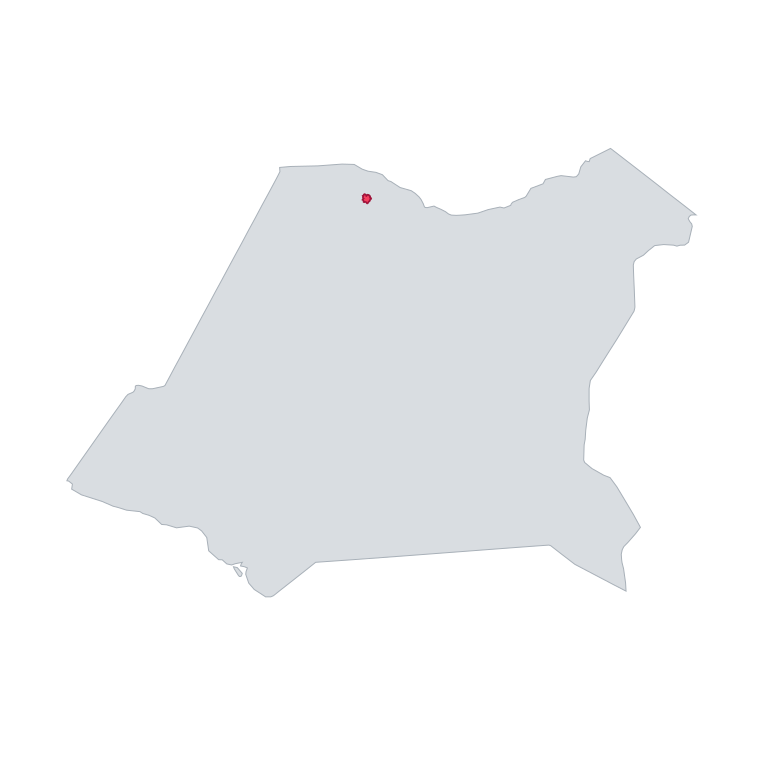 location of Mumias East, Western, Kenya, rotated 86°
{"feature_id": "3690345B49414507598309", "entity_name": "Mumias East", "entity_type": "district", "adm_level": 2, "iso_a3": "KEN", "parent_name": "Kenya", "parent_adm1": "Western", "projection": "robinson", "projection_center": [34.565, 0.336], "detail": "fine", "context": "in_parent", "style": "filled", "palette": "rose", "viewbox_px": 768, "rotation_deg": 86, "n_neighbors": 0, "source": "geoboundaries", "source_scale": "gbopen_adm2", "svg_char_len": 5089}
<svg xmlns="http://www.w3.org/2000/svg" viewBox="0 0 768 768"><g transform="rotate(86 384 384)"><path d="M160.7,473.0L160.5,462.1L161.8,434.6L161.7,410.5L162.9,398.4L168.2,390.7L170.6,385.1L172.3,377.3L175.1,371.0L181.4,365.8L182.5,363.0L189.1,354.3L193.1,343.3L196.1,339.5L199.8,336.0L202.5,334.2L206.8,332.3L210.2,331.3L210.8,330.4L211.1,328.6L210.0,321.7L211.4,319.5L213.8,314.9L216.4,310.6L218.8,307.9L220.2,305.1L220.8,300.3L220.9,296.8L220.9,291.2L220.1,278.5L217.3,267.9L215.6,256.0L216.8,252.0L214.6,245.1L213.5,244.7L211.7,243.1L209.4,236.6L207.7,230.6L206.6,229.1L199.1,223.8L195.4,211.4L191.2,208.7L188.9,196.3L188.5,192.8L190.8,180.6L190.6,177.7L188.1,175.1L181.1,172.5L175.4,167.4L176.1,165.7L176.5,163.8L173.5,162.6L164.8,141.6L176.0,129.0L187.4,116.2L201.9,100.0L215.3,85.2L226.8,72.3L237.1,60.9L236.9,63.1L236.9,66.0L238.2,67.8L240.3,69.0L243.2,67.7L245.8,65.9L248.3,65.5L263.8,70.3L266.4,74.4L266.2,78.9L266.9,82.2L265.7,85.4L264.4,95.3L264.8,104.3L269.4,111.0L273.6,116.2L276.9,123.6L279.3,125.9L282.7,127.0L293.3,127.4L309.0,127.8L324.2,128.3L325.6,128.5L328.8,129.5L342.7,139.4L355.5,148.5L366.3,156.5L376.8,164.2L387.0,171.6L394.9,177.9L402.7,179.7L415.4,180.6L424.1,180.9L432.2,183.6L444.3,186.0L453.3,187.2L458.7,188.6L473.8,190.1L476.3,189.3L482.9,182.4L490.3,171.2L493.2,165.0L502.8,158.9L519.7,150.3L531.6,144.3L544.9,138.2L550.9,143.5L559.2,151.9L562.9,156.1L565.9,157.9L570.4,159.2L575.9,159.2L578.9,159.0L585.0,157.9L599.3,156.9L607.5,157.0L600.7,168.2L592.4,181.6L577.2,206.2L565.7,219.2L556.9,229.0L556.2,230.8L556.2,241.7L556.3,268.5L556.6,321.9L556.9,375.4L557.1,428.9L557.1,455.6L557.1,464.6L564.8,475.8L572.3,486.8L582.2,501.4L587.5,509.1L588.4,511.7L588.1,516.9L579.9,527.8L573.2,532.8L564.2,535.2L561.5,534.7L558.0,533.1L556.6,535.8L555.5,539.8L553.6,539.0L552.0,537.8L552.9,545.0L553.9,548.6L552.5,553.4L548.1,557.6L547.7,561.2L538.2,570.5L524.8,571.5L517.8,576.2L514.6,580.0L512.2,588.2L513.0,601.0L509.3,610.7L508.6,615.6L501.6,622.0L498.5,627.8L496.3,633.7L494.3,636.3L491.9,649.6L488.7,657.7L487.8,660.3L487.0,662.8L484.5,667.5L482.9,670.7L481.7,672.9L473.5,693.5L467.1,702.9L462.1,701.8L458.8,705.4L458.4,707.1L456.6,706.2L452.5,702.7L443.9,695.7L435.3,688.7L426.7,681.7L418.1,674.7L409.5,667.7L400.9,660.7L392.4,653.7L383.8,646.6L378.7,642.5L376.5,640.1L374.8,635.2L373.9,634.0L371.6,632.5L368.9,632.2L368.2,631.3L368.2,628.9L369.1,625.6L372.3,619.1L372.6,615.4L372.0,611.1L371.0,604.2L370.2,602.6L364.5,599.0L352.5,591.5L340.6,583.9L328.7,576.4L316.7,568.8L304.8,561.3L292.9,553.7L280.9,546.2L269.0,538.6L257.1,531.1L245.1,523.5L233.2,515.9L221.2,508.4L209.3,500.8L197.3,493.3L185.4,485.7L173.5,478.2L169.0,475.4L164.9,473.0L160.7,473.0ZM557.9,546.3L555.8,546.9L556.9,543.2L563.0,538.6L565.5,539.6L566.0,540.7L565.9,541.7L564.8,542.6L557.9,546.3Z" fill="#d9dde1" stroke="#a8b0b8" stroke-width="1"/><path d="M200.4,391.7L200.5,391.7L200.7,391.4L200.8,391.4L200.9,391.5L201.0,391.6L201.2,391.4L201.3,391.2L201.2,391.0L201.3,391.0L201.3,390.9L201.2,390.8L201.2,390.7L201.1,390.4L201.1,390.2L201.0,389.9L201.1,389.7L201.3,389.5L201.3,389.4L201.3,389.2L201.5,389.0L201.8,388.9L202.0,388.8L202.1,388.7L202.3,388.6L202.4,388.4L202.5,388.5L202.6,388.4L202.4,388.3L202.5,388.1L202.5,387.9L202.4,387.8L202.4,387.7L202.3,387.4L202.2,387.3L202.2,387.2L201.9,387.1L201.7,387.1L201.4,386.9L201.3,386.7L201.2,386.7L201.0,386.4L200.9,386.3L200.9,386.2L200.7,386.2L200.5,385.9L200.5,385.7L200.4,385.7L200.2,385.6L200.2,385.4L200.1,385.2L199.9,385.1L199.7,385.1L199.3,385.1L199.2,385.1L198.9,385.0L198.7,384.9L198.6,384.6L198.6,384.4L198.6,384.2L198.5,383.9L198.4,383.9L198.2,383.9L198.1,384.0L197.9,384.3L197.7,384.2L197.8,384.0L197.7,383.9L197.6,384.0L197.4,384.2L197.4,384.3L197.2,384.4L197.1,384.5L196.9,384.7L196.9,384.8L197.0,384.8L197.0,385.0L196.9,385.0L196.8,384.9L196.6,385.0L196.5,384.9L196.4,384.9L196.4,385.0L196.2,385.0L196.0,384.7L195.9,384.7L195.7,384.7L195.6,384.8L195.5,385.0L195.4,385.0L195.3,385.3L195.2,385.4L195.0,385.5L195.0,385.8L194.9,385.9L194.7,385.8L194.4,385.9L194.3,385.7L194.2,385.5L194.2,385.4L194.2,387.0L194.0,387.3L194.2,387.5L194.3,387.6L194.5,387.6L194.7,387.8L194.8,387.9L194.9,388.0L195.0,388.1L195.0,388.3L195.3,388.5L195.2,388.7L194.7,388.8L194.5,388.7L194.4,388.7L194.2,388.5L194.0,388.8L193.9,388.9L193.8,389.0L193.7,389.1L193.6,389.3L193.5,389.5L193.4,389.7L193.3,389.8L193.2,389.9L193.2,390.0L193.3,390.0L193.3,390.3L193.3,390.5L193.5,390.8L193.7,391.0L193.8,391.1L194.0,391.2L194.3,391.2L194.5,391.1L194.6,391.3L194.8,391.4L194.8,391.5L194.7,391.7L194.8,391.8L194.8,392.0L195.0,392.0L195.0,391.9L195.0,392.0L195.2,391.9L195.3,391.9L195.5,391.9L195.5,391.7L195.7,391.8L195.7,392.0L195.8,392.0L196.0,392.0L196.3,392.0L196.5,392.1L196.8,392.0L196.9,391.8L197.0,391.8L197.3,391.8L197.4,391.7L197.4,391.8L197.5,391.9L197.7,392.0L197.8,392.1L198.0,392.1L198.3,392.2L198.4,392.3L198.4,392.2L198.5,392.2L198.6,392.3L198.8,392.3L198.9,392.2L199.0,392.3L199.1,392.2L199.1,391.9L199.3,391.9L199.5,391.9L199.8,391.8L199.8,391.7L200.0,391.5L200.3,391.6L200.4,391.7Z" fill="#f43f5e" stroke="#9f1239" stroke-width="1.5"/></g></svg>